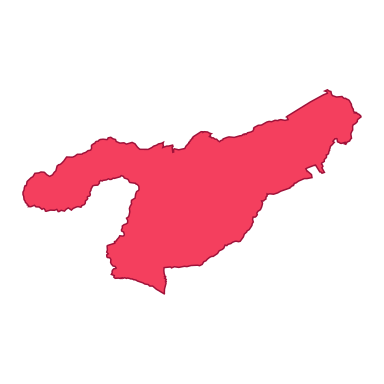 Darmanesti, Bacau, Romania
{"feature_id": "2599482B46065008984016", "entity_name": "Darmanesti", "entity_type": "district", "adm_level": 2, "iso_a3": "ROU", "parent_name": "Romania", "parent_adm1": "Bacau", "projection": "equal_earth", "projection_center": [26.342, 46.329], "detail": "fine", "context": "isolated", "style": "filled", "palette": "rose", "viewbox_px": 384, "rotation_deg": 0, "n_neighbors": 0, "source": "geoboundaries", "source_scale": "gbopen_adm2", "svg_char_len": 6016}
<svg xmlns="http://www.w3.org/2000/svg" viewBox="0 0 384 384"><path d="M28.5,206.6L30.8,206.7L34.4,205.3L35.9,206.8L39.2,207.0L42.0,209.3L43.4,208.5L44.1,208.7L45.1,210.0L45.4,211.1L46.1,211.3L50.5,210.1L54.5,210.3L56.8,209.4L58.2,211.6L59.0,211.6L61.1,210.3L64.5,211.1L66.1,209.3L68.3,207.9L71.4,210.1L73.2,208.4L76.6,206.9L78.0,206.6L80.9,207.2L81.4,206.8L81.6,205.7L84.4,204.5L85.2,203.3L85.5,200.8L87.2,199.5L87.7,198.6L87.3,197.7L87.5,196.6L89.4,196.1L90.0,195.6L90.3,194.1L89.8,193.1L89.9,192.0L90.9,190.4L91.2,188.4L91.7,188.0L92.6,186.0L94.1,185.4L97.8,185.1L99.5,183.0L99.2,181.9L100.5,180.5L102.2,181.0L103.0,180.4L106.4,179.9L108.5,178.8L109.9,179.5L111.6,179.3L113.1,178.2L114.3,178.4L120.2,176.8L121.2,175.6L123.4,176.4L124.3,178.0L127.6,179.1L128.4,179.9L129.3,181.8L130.0,182.5L135.5,183.3L135.9,184.0L137.3,184.5L138.5,185.8L138.9,186.7L139.0,189.5L138.5,190.4L136.6,191.6L135.6,194.2L135.1,198.1L131.5,200.3L131.3,202.5L131.6,203.8L130.2,206.2L129.4,208.4L129.8,211.8L129.1,215.3L128.4,216.9L126.5,218.2L127.7,220.4L127.6,222.9L125.8,224.1L124.1,224.6L122.3,226.0L122.3,228.2L121.5,229.6L121.5,230.8L122.0,231.3L123.6,232.0L124.3,234.4L124.0,235.6L122.9,236.1L119.7,235.8L119.0,237.4L116.9,239.7L116.5,240.8L114.5,241.6L114.5,242.1L115.0,242.8L114.8,243.2L107.8,245.4L107.1,246.0L107.4,250.0L106.7,252.1L108.2,253.8L106.7,254.9L106.9,256.9L107.7,257.6L109.5,257.7L110.1,258.2L110.9,259.5L110.6,262.4L111.3,264.0L113.0,266.0L115.1,266.4L116.2,268.0L115.8,268.5L113.8,268.8L112.5,270.2L112.1,271.3L112.2,272.8L111.3,274.4L114.3,275.6L113.8,277.1L115.2,278.3L118.5,278.1L120.3,278.5L121.0,278.0L121.9,278.5L122.3,277.8L123.4,278.2L124.6,277.7L126.5,278.4L127.6,278.0L129.4,278.4L130.6,278.9L132.4,279.0L133.9,279.8L134.6,279.7L136.2,280.2L137.4,281.0L142.8,282.8L144.8,284.0L148.4,284.6L149.5,286.0L152.7,286.1L156.3,289.2L164.8,294.2L164.3,293.7L164.5,289.0L166.0,283.4L166.0,282.8L165.5,281.9L166.2,281.4L165.6,280.3L166.2,279.4L164.8,278.3L165.4,277.9L165.6,276.6L164.6,276.5L164.9,276.0L164.1,273.3L163.8,270.2L164.1,267.6L170.0,267.0L170.8,267.1L171.5,267.9L174.4,266.7L178.8,267.4L184.4,266.3L187.0,266.6L191.1,265.5L197.6,265.2L199.6,265.7L202.2,264.4L203.7,261.8L206.1,260.7L207.2,259.3L209.7,257.3L211.7,256.4L213.2,256.4L217.5,253.5L219.2,250.8L222.1,249.5L223.7,248.3L225.1,245.1L226.8,245.6L228.1,244.3L230.8,243.6L232.5,242.3L234.8,241.4L236.1,241.2L238.6,241.7L240.2,241.3L243.4,236.9L244.3,234.1L246.6,232.1L247.1,230.9L249.2,229.6L251.4,226.3L252.0,225.2L252.2,223.6L253.3,222.0L252.6,219.5L253.1,217.1L255.1,217.1L256.1,216.4L257.3,214.7L256.9,213.6L257.0,212.7L258.1,211.2L260.4,209.7L261.6,207.1L262.5,203.7L262.4,202.7L261.6,201.0L263.6,200.9L264.2,200.1L265.9,199.1L266.0,197.1L267.1,196.0L267.1,193.9L267.9,194.3L269.7,193.8L273.6,194.2L277.7,192.9L280.7,191.2L289.9,188.0L289.8,187.6L291.6,186.5L292.1,185.8L293.5,185.5L293.4,184.7L293.9,184.5L294.3,183.3L295.9,183.0L298.5,181.1L304.3,178.6L306.9,178.6L312.0,177.6L311.5,174.6L307.3,171.0L307.1,171.2L305.8,168.8L307.6,167.8L314.5,165.2L314.9,165.5L315.6,165.1L319.8,171.9L320.9,172.0L322.0,173.2L324.4,172.4L321.9,167.8L322.9,166.4L322.4,165.0L321.5,164.2L321.6,163.2L324.3,161.4L324.3,159.5L326.4,157.5L326.5,156.4L326.3,155.0L327.1,154.8L328.5,153.7L328.9,151.3L329.6,150.5L329.5,149.4L330.1,148.0L330.2,146.9L331.0,145.7L332.1,144.8L334.3,142.3L333.0,141.5L333.4,140.4L334.6,139.5L334.8,138.8L336.7,138.6L337.0,138.8L337.5,141.7L338.2,142.2L339.2,142.4L340.3,143.3L341.6,143.4L345.2,142.3L345.5,142.8L344.4,143.2L344.2,143.7L345.8,144.3L347.1,142.1L349.6,141.0L350.6,139.1L351.5,138.3L350.8,133.8L351.8,131.4L352.7,130.0L352.6,126.4L353.1,124.9L355.6,123.4L357.3,121.6L357.4,120.1L357.7,119.5L361.0,116.9L360.5,115.5L359.6,115.2L359.6,114.9L358.6,114.0L358.0,114.1L356.9,113.2L355.0,112.9L355.7,112.4L354.1,112.1L353.4,110.9L353.3,109.2L352.4,107.9L351.4,105.4L351.4,104.3L349.2,100.4L347.6,99.3L346.8,99.3L345.7,98.3L344.3,98.4L343.5,98.0L342.0,96.5L336.5,97.0L332.4,95.6L331.5,94.1L330.9,91.5L329.1,91.0L327.4,89.8L324.8,91.0L326.9,91.8L327.4,93.3L323.7,94.7L310.3,102.0L287.5,116.1L286.5,116.9L287.0,117.1L288.1,119.6L285.1,120.4L280.8,119.6L278.6,120.1L278.1,120.6L275.0,120.3L271.7,121.7L269.1,121.4L266.7,122.1L261.4,125.1L258.2,125.3L254.3,127.4L253.6,128.2L253.9,128.9L252.9,131.0L250.8,132.0L247.5,132.8L246.2,134.2L245.6,133.8L244.5,134.0L244.1,134.1L244.2,134.5L243.0,134.5L241.7,135.6L239.8,135.8L234.3,137.4L229.0,136.9L227.0,137.4L223.1,138.9L222.8,139.8L220.8,140.6L219.5,141.7L218.0,140.7L216.6,139.2L215.2,139.2L213.2,137.8L211.5,137.8L211.1,137.2L209.4,136.6L210.1,135.6L210.4,135.9L210.3,134.3L211.3,133.7L209.4,133.1L207.6,132.0L204.2,131.7L203.1,132.3L203.1,131.8L201.1,131.7L193.3,136.7L192.7,137.5L192.6,138.3L192.2,138.2L191.1,139.9L190.4,140.2L190.3,141.0L189.0,142.3L189.1,142.6L188.8,142.6L188.8,143.1L185.9,146.2L184.8,148.5L178.7,149.8L174.3,148.8L173.5,149.4L173.7,151.3L173.3,151.7L173.5,152.1L172.8,152.3L172.5,150.2L173.2,150.2L173.1,149.5L172.4,149.1L172.1,147.2L172.6,147.0L172.6,146.5L173.0,146.3L172.6,145.1L168.4,146.1L166.7,146.1L162.8,147.5L163.4,145.6L162.9,144.0L163.4,142.3L161.5,143.3L158.5,143.9L156.5,145.2L153.5,146.2L152.1,147.4L148.2,149.4L139.8,149.3L137.4,147.1L135.0,143.8L132.1,142.4L126.4,144.1L124.0,142.8L119.9,143.1L116.2,141.5L115.5,139.5L113.0,138.8L110.8,137.3L108.2,137.8L107.5,139.3L107.0,139.6L103.1,139.2L100.2,139.5L98.8,140.3L98.3,141.1L96.1,141.5L95.2,142.4L94.8,143.4L93.8,143.6L91.6,145.2L91.4,146.0L91.6,148.3L90.6,150.2L88.1,150.6L85.7,152.4L83.0,153.3L81.8,154.2L77.3,154.3L74.6,156.3L72.4,157.2L66.6,157.0L63.8,161.0L61.6,163.3L60.1,164.5L58.7,164.7L57.1,166.0L55.9,170.8L54.1,172.5L52.6,174.8L49.7,176.4L46.9,174.8L44.5,172.4L43.9,172.2L40.9,172.0L38.9,172.9L34.9,173.3L32.8,176.8L31.2,177.6L27.1,181.5L26.4,185.2L26.1,185.7L25.1,185.7L24.4,187.4L24.0,190.2L23.0,192.1L23.0,194.6L23.7,196.4L24.1,199.7L25.0,200.9L25.5,202.5L26.7,203.5L27.3,204.4L27.3,205.0L28.2,205.2L28.8,206.1L28.5,206.6Z" fill="#f43f5e" stroke="#9f1239" stroke-width="1.5"/></svg>